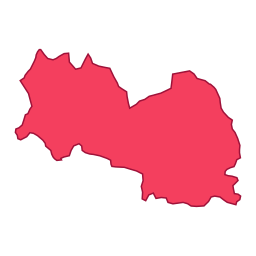 Uiseong-gun, North Gyeongsang, South Korea (orthographic projection)
{"feature_id": "91817680B75376031789242", "entity_name": "Uiseong-gun", "entity_type": "district", "adm_level": 2, "iso_a3": "KOR", "parent_name": "South Korea", "parent_adm1": "North Gyeongsang", "projection": "orthographic", "projection_center": [128.598, 36.353], "detail": "fine", "context": "isolated", "style": "filled", "palette": "rose", "viewbox_px": 256, "rotation_deg": 0, "n_neighbors": 0, "source": "geoboundaries", "source_scale": "gbopen_adm2", "svg_char_len": 1933}
<svg xmlns="http://www.w3.org/2000/svg" viewBox="0 0 256 256"><path d="M20.2,80.6L28.5,93.5L31.9,106.3L29.9,109.2L27.9,113.7L25.4,114.8L23.6,120.8L22.2,125.0L18.8,127.9L15.9,129.0L15.5,131.7L15.4,132.4L17.3,135.3L17.9,138.7L20.7,139.8L26.7,136.7L29.9,132.7L33.5,133.3L37.5,135.6L42.9,140.2L45.2,143.3L45.7,146.1L49.1,149.0L50.8,150.4L51.7,154.1L53.1,157.0L54.5,158.7L56.8,160.4L61.5,159.9L60.8,158.4L63.9,157.0L69.3,155.7L71.1,150.4L73.7,145.9L79.1,143.7L81.7,146.0L82.2,150.4L85.3,152.6L89.7,154.0L93.3,154.4L99.9,155.8L107.1,158.4L110.6,160.2L111.0,164.2L111.9,166.4L115.9,166.9L124.4,167.3L130.2,169.1L136.4,170.9L142.6,174.0L143.1,180.7L141.3,186.4L142.6,192.2L142.2,198.9L145.7,200.7L148.8,194.9L153.3,193.1L156.0,198.4L161.3,197.5L166.2,198.0L168.0,202.4L172.9,203.8L183.1,202.4L187.6,203.7L191.1,206.0L196.5,206.4L204.0,205.9L208.5,201.5L211.1,197.0L214.7,196.1L220.0,197.0L224.0,200.1L227.2,202.3L235.9,204.7L236.7,201.8L239.8,199.6L240.6,196.1L238.1,194.2L234.4,193.6L233.5,189.3L232.9,185.6L235.5,183.1L238.0,180.5L236.9,177.7L232.0,176.2L228.1,175.7L224.9,174.6L225.2,171.4L226.9,169.4L230.3,167.7L234.0,166.6L235.4,163.7L236.8,159.7L240.4,157.8L239.5,152.9L239.5,149.8L239.9,145.4L237.6,138.3L235.0,132.5L232.3,129.0L231.4,124.5L232.3,120.1L228.3,117.4L223.4,112.1L221.1,108.1L220.2,102.4L219.8,98.4L215.8,89.5L214.0,87.3L210.4,84.2L209.5,84.2L205.1,80.7L197.1,78.5L194.0,74.0L189.6,70.9L172.7,74.1L171.8,82.1L171.0,88.3L166.5,90.5L160.8,93.2L149.2,96.3L144.8,99.4L139.5,101.1L136.4,104.3L129.7,108.2L128.4,103.4L127.1,96.7L126.6,91.8L121.7,88.7L118.6,86.5L117.3,83.0L113.8,76.8L109.8,68.3L104.9,67.4L98.7,66.1L92.5,63.4L90.7,58.1L88.1,54.1L85.4,59.0L81.0,67.9L75.6,69.2L69.4,62.1L68.6,53.2L64.1,53.6L59.3,56.3L56.2,58.5L53.0,59.8L47.7,58.5L44.2,54.5L40.7,49.6L39.3,49.6L37.6,51.8L36.2,54.9L35.8,57.6L34.4,61.1L30.4,69.1L28.2,71.3L25.1,75.3L24.2,77.9L20.2,80.6Z" fill="#f43f5e" stroke="#9f1239" stroke-width="1.5"/></svg>